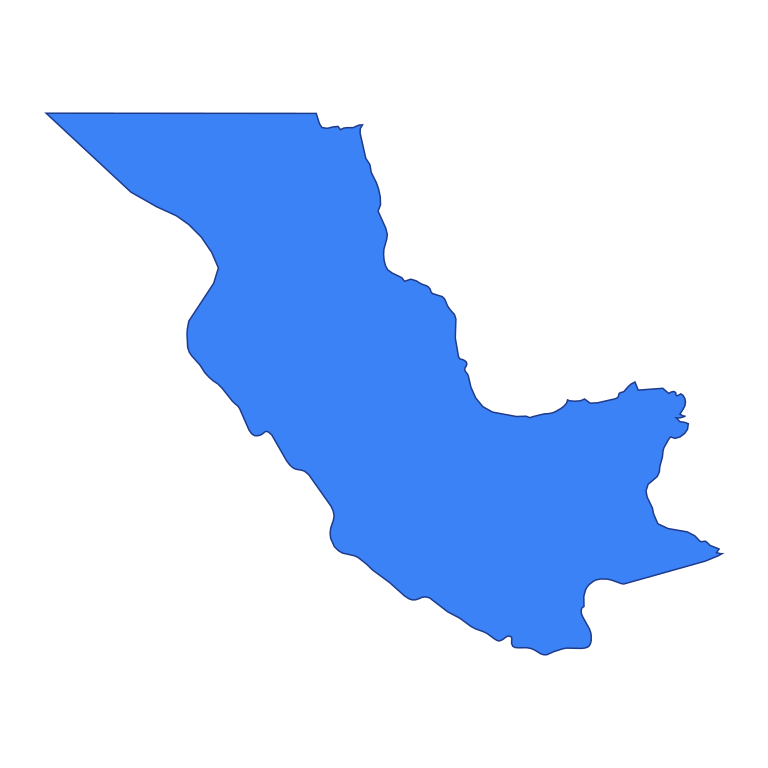 SVG path tracing the border of Northern
{"feature_id": "PNG-1256", "entity_name": "Northern", "entity_type": "Province", "adm_level": 1, "iso_a3": "PNG", "parent_name": "Papua New Guinea", "parent_adm1": "", "projection": "albers", "projection_center": [148.587, -8.98], "detail": "fine", "context": "isolated", "style": "filled", "palette": "blue", "viewbox_px": 768, "rotation_deg": 0, "n_neighbors": 0, "source": "natural_earth", "source_scale": "10m", "svg_char_len": 3515}
<svg xmlns="http://www.w3.org/2000/svg" viewBox="0 0 768 768"><path d="M316.2,113.4L319.5,123.8L322.0,127.6L327.4,128.3L333.1,126.9L337.9,126.4L340.6,129.7L343.6,128.1L346.7,127.7L353.7,127.6L355.1,126.7L359.4,125.0L362.5,124.9L360.3,128.6L360.1,133.1L365.8,158.3L369.9,164.6L371.3,172.6L376.4,182.7L378.6,189.1L380.3,196.9L380.5,204.8L378.1,211.2L385.8,228.2L387.3,234.4L386.7,239.3L383.9,249.2L383.6,254.4L384.1,260.3L385.5,265.7L387.7,269.8L392.1,273.0L401.8,277.7L404.5,281.3L410.8,279.2L416.2,280.8L420.7,283.6L424.3,285.1L426.3,285.6L428.5,287.1L430.2,289.2L430.9,291.7L432.4,293.5L442.2,296.6L444.6,298.9L447.6,306.0L450.4,310.1L454.4,314.4L455.9,319.0L455.3,338.1L458.5,356.6L460.1,359.1L462.5,359.5L464.7,360.6L466.3,362.0L466.8,363.7L466.5,365.5L465.0,368.1L464.7,369.5L465.2,371.1L467.6,374.3L468.4,376.3L471.0,387.4L475.7,397.9L482.9,406.7L492.6,412.1L516.3,416.5L526.0,416.2L530.1,417.7L532.6,416.7L544.2,413.9L548.7,413.6L552.3,412.9L555.3,411.7L561.0,408.4L564.1,406.0L566.6,403.1L567.6,399.9L569.7,400.8L574.7,401.2L580.4,400.8L584.6,399.0L590.2,403.2L597.6,402.8L615.1,398.8L616.7,398.1L617.9,397.2L618.4,396.3L619.0,393.6L620.4,392.6L622.3,392.2L624.0,391.5L628.3,386.5L631.1,384.0L635.0,382.0L638.2,390.1L662.8,388.3L668.7,393.4L671.5,391.9L673.9,391.5L675.6,392.5L676.2,395.5L678.1,395.5L680.7,393.9L683.1,395.4L684.9,398.6L685.5,401.9L684.9,405.8L683.3,408.9L679.9,414.1L681.4,414.9L682.4,415.6L683.6,416.0L685.5,416.2L681.1,417.6L678.8,418.0L676.2,417.8L680.0,421.7L684.9,422.4L688.3,423.7L687.5,429.4L684.5,433.6L680.1,436.9L675.1,438.4L670.5,436.9L668.5,439.6L663.9,447.8L663.0,451.2L662.4,457.1L659.9,466.3L659.3,472.0L657.2,476.6L648.1,484.3L646.0,491.0L647.2,497.2L652.4,507.9L653.6,513.9L657.9,523.8L667.9,528.5L687.3,531.9L694.6,535.7L696.1,537.1L699.0,540.3L700.3,541.4L701.6,541.7L704.7,541.2L705.9,541.4L709.4,544.7L709.6,545.2L719.1,549.0L716.5,552.7L720.8,553.7L721.9,553.7L718.5,555.7L705.3,561.1L623.8,584.0L621.3,583.6L611.6,580.1L607.1,579.1L600.7,579.0L597.0,579.7L594.1,580.7L589.6,584.2L587.9,586.0L586.6,587.8L585.5,590.1L584.2,594.7L583.8,596.8L584.0,606.4L581.7,608.2L581.3,610.0L581.2,612.2L581.7,614.4L582.8,617.0L589.4,628.8L590.6,632.2L591.2,635.3L591.2,640.7L590.5,643.5L589.2,645.9L587.7,647.1L585.0,648.0L581.6,648.4L566.3,648.1L562.7,648.8L553.7,651.7L547.0,654.7L543.9,654.8L540.7,653.8L534.2,649.8L530.6,648.4L526.7,647.7L518.3,647.8L515.0,647.5L512.7,646.2L511.6,643.4L511.6,641.1L511.8,639.0L511.6,637.6L510.6,636.5L508.7,636.0L507.0,636.5L505.2,637.6L502.6,639.6L500.7,640.5L499.4,640.9L498.0,640.7L496.7,640.2L495.2,639.4L486.8,633.3L482.9,631.5L475.4,628.8L471.2,626.6L459.6,618.1L447.8,611.9L429.6,597.9L425.7,596.9L422.1,597.3L418.5,598.9L415.5,599.8L412.3,599.9L408.8,598.7L404.4,595.8L389.4,582.4L372.9,570.3L366.6,564.2L358.0,557.4L354.4,555.8L342.3,553.0L338.4,550.6L334.4,546.7L330.7,538.5L330.1,533.1L330.7,528.1L333.4,520.1L334.1,516.0L333.2,511.0L331.0,506.2L308.7,474.6L304.5,471.2L301.6,470.2L296.4,469.3L294.1,468.5L292.1,467.1L289.5,464.7L286.4,460.5L271.8,435.0L268.5,432.1L266.7,431.4L265.1,431.7L262.2,434.1L260.1,435.2L257.3,435.8L254.4,435.6L251.6,433.7L249.1,430.2L239.6,408.6L237.9,406.1L235.5,404.1L232.3,401.1L222.1,388.2L217.8,383.9L213.0,380.7L209.1,377.3L204.7,372.5L200.0,365.1L191.7,355.8L189.3,352.3L187.7,347.5L187.0,334.5L187.3,329.4L188.8,321.1L213.6,283.4L218.4,268.0L211.7,252.4L201.3,237.1L188.6,224.4L176.4,215.8L156.7,206.8L131.0,192.2L46.1,113.2L316.2,113.4Z" fill="#3b82f6" stroke="#1e3a8a" stroke-width="1.5"/></svg>